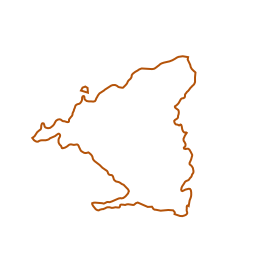 Madrid, Robinson projection, rotated 21°
{"feature_id": "ESP-5833", "entity_name": "Madrid", "entity_type": "Autonomous Community", "adm_level": 1, "iso_a3": "ESP", "parent_name": "Spain", "parent_adm1": "", "projection": "robinson", "projection_center": [-3.775, 40.528], "detail": "fine", "context": "isolated", "style": "outline", "palette": "amber", "viewbox_px": 256, "rotation_deg": 21, "n_neighbors": 0, "source": "natural_earth", "source_scale": "10m", "svg_char_len": 5039}
<svg xmlns="http://www.w3.org/2000/svg" viewBox="0 0 256 256"><g transform="rotate(21 128 128)"><path d="M212.6,179.1L211.7,178.9L211.3,179.0L211.0,179.5L211.1,180.7L211.6,181.7L211.9,182.8L212.2,183.7L212.7,184.6L213.4,185.4L213.8,186.3L213.7,187.3L213.1,188.4L212.0,189.5L210.3,190.8L208.0,191.5L202.3,191.7L202.1,190.4L201.7,189.8L199.6,188.7L195.0,190.1L188.1,193.5L183.5,194.3L182.0,194.7L180.8,194.5L178.6,192.9L174.7,194.6L163.8,194.1L162.3,195.4L161.5,196.9L161.0,197.7L160.0,198.1L155.5,199.1L154.5,199.6L153.8,200.1L153.0,200.8L152.9,200.9L150.7,201.4L149.0,202.0L148.4,202.6L148.6,204.6L148.3,205.3L147.3,205.8L144.7,206.5L142.7,207.8L141.4,208.4L139.3,208.6L138.1,209.0L137.2,209.4L136.4,210.0L135.4,211.2L133.8,212.7L132.8,213.1L131.0,214.4L130.2,215.4L128.8,215.7L127.0,215.4L123.4,213.3L122.0,212.1L121.5,211.1L122.5,210.2L123.9,209.5L131.0,207.4L132.3,207.3L132.9,206.9L134.8,204.8L135.4,204.4L137.5,203.8L139.3,202.3L144.6,197.1L146.1,196.2L147.0,196.1L148.3,195.3L148.8,194.9L149.1,194.4L150.0,193.0L150.3,192.4L151.3,189.6L151.5,188.9L151.4,187.5L151.5,186.8L151.1,186.2L149.9,185.2L144.3,182.6L142.2,182.5L140.4,182.0L138.8,181.8L136.0,182.2L134.6,181.8L134.0,181.6L133.2,181.0L131.4,178.7L130.6,178.1L129.7,177.8L127.8,178.3L126.7,178.2L125.6,177.4L125.0,176.6L124.4,176.0L123.8,175.6L118.4,174.3L114.8,172.7L108.7,170.9L107.3,170.2L106.3,169.4L105.7,168.5L105.0,167.5L104.2,166.8L103.1,166.1L100.7,165.2L99.7,165.0L98.7,165.8L97.6,166.5L96.1,166.9L93.9,166.6L92.1,166.1L88.9,163.1L88.2,162.3L87.3,161.7L86.3,161.6L83.5,163.2L80.6,163.7L79.3,164.5L78.7,165.3L77.9,166.8L76.9,168.1L76.2,168.9L74.6,170.1L74.0,170.4L73.5,170.4L71.9,168.7L70.2,168.0L69.2,167.2L68.4,166.4L67.6,164.6L67.3,163.6L67.2,162.6L67.5,160.6L67.4,159.6L67.0,158.8L66.3,158.3L65.6,158.1L65.0,158.3L63.6,160.3L63.1,161.3L62.3,162.2L58.8,165.6L58.3,166.7L57.2,167.8L55.6,168.9L52.2,170.2L50.7,171.0L49.6,172.0L49.1,172.8L48.0,173.4L46.6,173.5L44.7,173.1L42.2,171.6L43.7,169.2L44.7,164.5L46.2,161.7L46.8,160.9L47.0,159.9L46.8,158.8L46.2,157.0L46.1,155.9L46.1,154.7L46.7,154.1L47.6,154.0L48.3,154.6L49.6,156.4L50.3,156.9L50.8,157.1L52.7,157.0L53.9,156.6L55.2,155.8L56.1,154.5L57.2,152.5L57.6,151.2L57.8,150.2L57.8,149.4L58.2,147.1L58.7,146.3L59.6,145.2L60.3,144.8L61.0,144.4L61.6,144.3L62.4,144.3L63.3,144.6L64.0,144.8L64.6,144.9L65.1,144.9L66.0,144.5L69.2,144.3L70.3,143.7L70.5,143.0L69.9,141.1L70.8,138.1L71.3,136.9L71.4,136.0L71.3,135.1L71.0,134.2L71.1,132.5L71.2,131.7L71.2,131.1L71.0,130.3L71.1,128.3L71.0,127.1L71.0,125.7L71.8,124.4L72.7,123.6L73.5,123.1L74.0,122.6L74.3,122.2L74.5,121.7L75.0,120.1L75.0,119.2L75.0,118.2L74.7,117.2L74.3,116.2L74.3,114.9L74.8,114.2L75.6,114.1L76.2,114.7L77.0,116.4L77.8,117.0L78.7,117.3L79.8,117.6L81.9,117.2L83.9,116.4L85.1,116.1L86.3,115.7L87.5,114.8L87.8,113.8L87.8,111.7L88.2,109.5L88.2,108.6L89.0,105.9L92.2,101.5L92.6,100.6L97.0,94.6L98.2,93.5L100.5,92.5L101.9,92.5L103.1,92.7L104.1,93.1L105.1,93.1L107.7,92.6L108.4,92.4L109.1,91.9L109.5,90.8L110.0,89.8L110.8,87.8L111.1,86.7L111.2,84.7L111.4,83.7L111.9,82.6L112.6,81.3L112.9,80.2L113.0,79.2L112.6,77.3L112.8,76.3L113.2,75.3L114.7,72.9L116.4,70.9L117.3,69.5L118.4,68.4L119.5,67.5L129.3,64.4L130.4,63.8L131.4,63.1L132.9,60.9L133.5,59.8L134.2,58.8L135.3,56.7L136.4,55.5L138.1,54.1L142.9,50.9L145.2,48.8L147.2,46.4L147.9,45.4L148.7,44.4L149.8,43.4L153.4,41.4L158.7,40.3L159.2,42.7L163.4,46.7L164.6,48.5L165.7,49.5L166.5,50.1L169.2,51.3L170.0,51.5L171.1,52.0L172.4,56.7L174.1,61.0L174.1,62.9L173.8,64.1L172.9,65.9L172.5,67.0L172.0,68.0L171.1,71.2L170.7,72.2L170.1,73.2L169.8,74.5L169.4,75.5L169.3,76.6L169.8,77.8L169.9,79.2L169.4,79.9L168.8,80.5L168.3,80.7L167.7,81.1L167.3,81.6L167.0,82.3L166.4,86.3L166.2,87.1L165.6,88.5L164.9,89.8L164.5,90.4L164.1,90.8L164.1,91.3L164.4,91.8L165.2,92.3L168.5,93.2L169.3,94.1L170.0,95.6L170.3,97.0L170.4,98.9L170.8,99.8L170.8,100.9L170.4,101.8L169.0,103.6L168.6,104.8L169.0,105.6L169.7,106.5L170.5,107.1L171.4,107.5L173.1,107.1L174.8,107.3L175.3,106.7L175.7,106.0L176.5,106.0L177.5,107.1L179.1,109.8L180.3,111.1L181.5,111.8L182.4,112.0L183.2,111.6L183.8,111.3L184.6,111.5L183.9,114.5L183.7,118.2L184.2,119.4L184.9,120.3L185.9,120.9L187.4,122.3L187.8,123.2L188.0,124.3L187.9,125.0L187.7,125.4L187.4,125.8L187.2,126.4L187.5,126.9L187.8,127.2L188.6,127.1L189.3,127.0L190.0,126.5L190.8,126.1L191.5,125.8L192.5,126.0L193.4,126.4L194.2,127.1L195.1,127.8L197.5,130.0L197.8,130.8L197.9,131.4L197.9,131.9L198.2,134.7L198.0,138.6L198.4,139.6L199.2,140.1L200.2,140.3L201.5,141.0L202.9,142.1L204.6,144.8L205.0,146.3L204.8,147.4L204.6,148.0L204.5,148.4L204.6,149.7L204.6,150.4L204.5,151.1L204.2,151.7L203.7,153.0L203.6,153.6L203.4,154.4L202.9,155.2L201.3,156.7L200.6,157.7L200.3,159.2L200.1,160.4L199.8,161.6L199.5,163.0L199.4,164.4L199.7,166.4L200.5,167.4L201.4,167.4L202.2,166.6L202.9,165.8L203.7,164.9L206.6,162.9L207.7,162.7L209.0,163.6L210.0,165.3L211.0,167.8L211.4,169.4L211.5,170.7L211.5,173.6L212.6,179.1ZM75.9,105.1L77.9,109.4L70.7,109.9L71.1,106.6L73.3,104.6L75.9,105.1Z" fill="none" stroke="#b45309" stroke-width="2"/></g></svg>